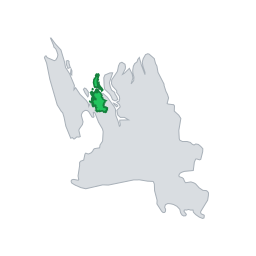 Noakhali, Chittagong, Bangladesh shown in context, rotated 170°
{"feature_id": "16705992B96773862439533", "entity_name": "Noakhali", "entity_type": "district", "adm_level": 2, "iso_a3": "BGD", "parent_name": "Bangladesh", "parent_adm1": "Chittagong", "projection": "robinson", "projection_center": [91.099, 22.578], "detail": "fine", "context": "in_parent", "style": "filled", "palette": "green", "viewbox_px": 256, "rotation_deg": 170, "n_neighbors": 0, "source": "geoboundaries", "source_scale": "gbopen_adm2", "svg_char_len": 9228}
<svg xmlns="http://www.w3.org/2000/svg" viewBox="0 0 256 256"><g transform="rotate(170 128 128)"><path d="M88.8,184.0L88.8,177.6L84.9,165.0L85.1,163.6L84.3,157.6L83.3,154.2L82.8,150.6L85.2,145.4L84.3,144.6L79.0,143.0L78.4,141.7L79.5,136.6L75.8,131.8L74.3,128.2L78.4,116.7L79.4,108.6L79.1,107.0L76.7,105.2L72.3,104.5L69.2,103.0L67.4,100.7L65.9,99.8L64.0,100.5L61.6,99.6L59.6,97.3L57.9,94.6L58.6,91.6L61.8,84.5L63.0,84.2L65.7,85.6L66.8,85.6L68.6,82.8L71.1,74.8L80.0,75.5L82.1,75.2L84.3,74.6L85.5,73.6L86.2,72.3L86.0,71.2L83.3,69.7L82.2,68.5L81.5,65.3L80.7,64.1L75.4,64.0L72.6,62.5L71.1,61.2L68.4,56.8L65.1,53.6L61.9,52.8L60.7,51.8L60.0,50.1L60.5,47.7L62.1,43.1L70.9,33.1L71.2,32.0L70.8,30.7L68.3,29.1L68.1,28.3L68.8,26.2L70.3,26.0L73.3,27.9L76.4,31.0L78.2,33.7L78.2,35.9L80.6,36.3L82.6,37.3L84.7,37.0L86.0,37.5L86.9,37.3L87.3,36.1L85.5,32.9L86.4,31.6L88.4,31.7L89.9,32.9L90.9,35.3L91.1,39.0L93.4,42.4L96.5,44.8L99.0,45.9L101.9,46.7L104.4,46.0L105.7,43.6L105.1,41.5L105.5,39.6L106.5,38.5L108.1,38.6L109.3,40.1L112.7,48.2L111.9,51.8L112.7,61.7L111.8,68.2L112.3,70.7L112.9,71.1L118.1,72.3L125.5,74.9L131.3,75.9L157.2,75.2L162.8,76.4L180.1,75.5L184.8,77.5L189.9,80.9L192.8,83.4L193.3,84.9L193.0,86.1L192.1,86.8L190.3,86.8L186.2,85.2L185.5,85.6L185.5,89.5L182.2,99.3L181.7,102.3L180.6,103.5L177.2,104.1L174.9,109.8L174.0,110.6L171.7,109.3L170.3,109.5L168.6,110.0L166.8,111.3L165.6,113.0L164.3,113.5L159.4,113.4L158.5,116.1L155.3,119.5L153.1,128.7L153.3,131.5L156.0,138.8L157.9,148.3L158.6,149.3L159.5,149.4L159.5,145.0L160.4,144.5L161.5,145.0L163.8,150.8L165.1,152.3L167.1,152.8L169.4,151.9L171.1,150.1L171.8,148.3L171.2,141.9L172.3,139.3L176.2,135.4L176.8,134.2L176.5,127.8L178.0,127.6L180.0,128.1L182.5,126.6L183.3,126.6L184.4,128.2L186.2,127.9L188.9,140.6L189.1,149.6L189.7,154.5L190.7,155.7L193.7,163.1L196.5,189.4L196.9,206.1L198.1,211.8L197.1,213.1L196.2,213.3L195.3,211.3L188.9,207.1L187.3,207.5L185.2,210.0L184.3,212.3L184.7,215.5L185.4,218.6L186.9,220.5L187.0,222.5L188.7,230.0L188.2,230.0L184.8,223.2L180.5,216.5L179.1,204.4L179.0,198.5L176.1,191.5L173.4,179.3L174.6,175.0L172.6,176.8L169.4,169.5L164.4,162.4L162.9,159.2L162.9,156.1L160.7,159.2L157.8,161.4L154.8,164.7L152.9,165.7L146.6,166.3L143.0,161.9L137.8,151.1L137.1,148.7L137.8,142.4L136.6,136.4L136.2,131.2L135.3,131.6L134.9,133.1L135.1,135.3L134.7,137.2L126.0,135.9L129.7,139.1L133.7,139.8L135.8,142.6L135.9,147.3L132.0,150.1L132.3,152.5L134.6,155.4L131.9,156.2L131.1,158.1L131.0,160.8L133.0,164.9L132.6,166.6L135.9,171.9L136.6,174.5L135.7,178.2L128.6,185.6L126.5,190.9L124.8,193.3L122.6,193.8L119.9,191.3L119.9,188.7L120.4,186.7L124.1,181.8L122.1,182.5L116.3,186.5L115.3,183.2L114.5,180.2L114.5,176.4L117.3,170.9L114.2,173.6L113.3,177.1L113.7,181.2L113.3,184.1L112.0,187.9L110.3,190.2L107.6,191.6L106.4,193.9L104.6,195.5L103.9,187.9L102.0,177.6L101.6,179.8L102.6,186.2L102.5,190.4L101.0,193.6L98.0,197.2L95.7,197.7L94.4,197.1L90.1,191.8L89.7,186.8L88.8,184.0ZM141.5,184.2L136.2,185.4L133.5,185.0L138.5,175.8L138.3,171.6L137.6,168.2L135.0,165.5L134.9,163.6L133.7,160.9L133.1,157.8L136.0,156.9L138.3,158.6L139.1,162.1L140.2,164.8L144.2,170.2L144.2,173.5L143.1,181.7L141.5,184.2ZM152.9,181.1L149.6,183.6L150.7,169.0L153.1,174.4L153.7,177.3L152.9,181.1ZM165.2,173.8L163.8,174.9L162.5,174.0L160.8,170.5L161.6,166.2L162.2,165.6L164.2,170.0L165.2,173.8ZM177.2,204.7L175.4,204.9L174.5,203.8L174.9,202.3L174.4,197.6L176.8,197.1L177.6,201.1L177.2,204.7ZM175.2,191.4L173.8,196.1L173.3,194.0L174.2,189.9L175.2,191.4ZM137.4,153.3L137.9,154.9L134.9,152.9L134.1,151.5L135.5,150.8L137.4,153.3Z" fill="#d9dde1" stroke="#a8b0b8" stroke-width="1"/><path d="M147.1,147.4L146.9,147.4L146.8,147.6L146.8,148.0L146.7,148.1L146.7,148.3L146.5,148.5L146.7,148.9L146.6,149.0L146.4,149.1L146.2,148.8L146.1,149.2L145.9,149.3L145.9,149.2L145.7,149.3L145.6,149.2L145.8,149.5L145.6,149.7L145.4,149.5L145.2,149.5L145.2,149.9L145.5,150.0L145.7,150.4L145.8,150.4L145.8,150.6L145.4,150.6L145.4,150.8L145.1,150.7L144.8,151.1L145.0,151.3L145.0,151.5L145.4,151.5L145.8,151.5L145.8,151.8L146.0,151.8L146.0,152.1L146.2,152.5L146.5,152.4L146.6,152.1L146.8,152.3L146.9,152.2L146.8,152.5L147.0,152.5L147.2,152.8L147.4,152.7L147.5,152.6L147.6,152.8L147.8,153.0L147.9,152.8L148.2,152.8L148.1,153.1L148.2,153.3L148.3,153.5L148.2,153.6L148.3,153.8L147.9,154.2L148.0,154.5L147.9,154.5L147.7,155.0L147.9,155.0L147.7,155.2L148.0,155.5L147.7,155.8L147.8,156.3L147.7,156.5L147.3,156.8L147.2,156.7L146.9,156.9L147.0,156.8L146.9,156.8L146.9,157.0L146.5,156.9L146.4,157.1L146.6,157.4L146.5,157.7L146.6,157.8L146.4,157.7L146.4,158.0L146.2,158.1L146.0,158.6L145.5,158.5L144.9,158.7L145.3,159.0L145.7,159.2L146.7,159.9L147.7,160.7L147.7,162.1L148.5,162.4L148.8,163.3L148.3,163.8L147.9,164.8L148.4,165.3L148.6,165.9L148.8,167.3L149.6,167.9L150.0,168.5L150.6,169.9L151.0,168.9L151.5,168.6L151.7,168.3L152.2,168.1L152.4,167.6L152.2,168.2L151.9,168.3L151.6,168.6L151.1,168.9L150.8,170.2L151.1,170.9L151.4,171.2L152.0,171.6L152.5,171.7L153.1,171.2L153.3,170.8L153.3,170.4L154.2,169.7L154.4,169.3L154.1,169.0L153.5,169.0L153.1,169.2L153.1,169.7L152.1,170.2L151.7,170.1L152.0,169.8L152.9,169.7L153.0,169.1L152.8,168.3L153.0,168.3L153.0,168.8L153.8,168.8L154.6,168.8L154.8,168.6L155.2,168.8L155.5,168.0L155.9,167.6L155.9,167.4L156.1,167.0L156.1,166.7L156.3,166.8L157.0,165.5L156.9,165.2L156.6,165.2L156.3,164.9L156.8,165.0L156.9,164.9L156.8,164.3L156.3,163.2L156.1,163.1L155.8,163.3L155.8,162.9L155.4,162.5L155.1,162.4L154.7,162.5L154.4,161.8L154.1,161.5L154.6,161.7L154.7,162.2L155.2,162.1L155.2,161.9L156.1,162.7L156.4,162.5L156.5,162.3L156.9,161.5L157.4,161.0L158.2,160.8L159.5,160.8L160.0,160.6L160.0,160.3L159.3,160.2L158.8,159.7L158.3,159.6L158.3,159.2L157.7,158.6L157.8,158.3L158.3,158.5L158.4,158.4L158.2,158.1L158.2,157.8L157.8,157.7L157.7,157.5L158.3,157.4L158.3,157.2L158.4,157.3L158.3,157.5L158.5,157.5L158.6,157.0L158.8,157.3L159.0,157.3L158.9,157.1L159.0,156.8L158.5,156.9L158.7,156.4L158.3,156.2L158.5,156.1L158.8,156.2L158.7,155.7L159.0,155.8L159.0,155.6L158.7,155.4L158.6,155.1L158.3,155.2L158.3,155.3L158.2,155.3L158.1,155.5L157.8,155.5L157.8,155.4L157.6,155.4L157.6,155.6L157.4,155.8L157.1,155.8L156.7,155.6L156.7,155.8L156.3,156.2L156.2,156.2L156.1,155.9L155.8,155.8L155.8,155.4L156.0,155.4L156.2,155.2L156.1,154.7L156.3,153.9L156.2,153.9L156.2,153.5L155.9,153.4L156.1,153.3L156.1,153.0L156.1,151.6L156.3,151.3L156.1,150.9L156.3,150.9L156.0,150.6L156.1,150.1L155.4,150.0L155.4,149.7L155.2,149.8L155.1,149.7L155.0,150.0L154.9,149.9L154.9,149.7L154.5,149.7L154.5,149.8L154.3,149.9L153.9,149.9L153.8,149.7L153.5,149.5L153.4,149.6L153.4,149.4L153.2,149.2L153.3,149.2L153.1,149.1L152.5,149.2L152.5,149.4L152.1,149.3L151.7,149.4L151.6,149.5L150.7,149.5L150.7,149.3L150.2,149.3L149.8,149.1L149.6,148.8L149.3,148.0L149.1,148.1L149.1,148.3L148.9,148.3L148.9,148.0L148.7,147.9L148.3,148.0L148.2,147.8L147.8,147.9L147.8,147.5L147.7,147.3L147.2,147.5L147.1,147.4ZM152.6,174.2L152.3,173.8L151.3,173.4L150.4,173.0L150.5,174.5L150.3,174.6L150.3,174.9L150.1,175.0L150.4,175.3L150.3,175.7L150.4,176.9L150.3,178.8L149.9,180.6L149.4,181.7L149.2,182.2L148.4,183.1L148.4,183.3L148.4,183.5L148.7,183.8L149.8,184.3L150.0,184.5L150.8,184.0L151.7,182.8L152.0,182.7L152.4,182.7L152.4,182.2L152.7,181.9L152.9,181.8L153.0,181.6L153.3,181.4L153.4,180.6L154.0,179.1L154.1,178.6L154.0,178.3L154.1,177.4L153.9,176.9L154.0,175.8L153.9,174.4L153.6,173.8L153.2,173.9L152.7,174.2L152.6,174.2ZM158.6,168.8L158.5,168.5L158.5,167.6L157.7,166.1L157.0,167.0L156.6,167.7L156.5,168.0L156.4,168.4L156.4,169.0L156.9,169.7L157.1,170.2L157.5,170.1L157.5,169.9L157.9,169.8L157.9,169.6L157.7,169.4L157.9,169.4L158.2,169.6L158.3,169.4L158.5,169.3L158.2,169.1L158.4,169.1L158.3,168.9L158.5,169.1L158.6,168.8ZM148.6,174.6L149.2,174.0L149.3,173.1L149.6,172.7L149.6,171.9L149.3,171.4L148.8,171.1L148.2,171.0L147.9,171.3L147.9,172.1L148.4,174.2L148.6,174.6ZM149.2,184.4L148.3,183.8L147.6,184.5L147.4,184.8L147.4,185.5L147.7,186.3L148.0,186.5L149.0,185.8L148.8,186.0L149.0,186.1L149.1,185.9L149.2,186.0L149.7,184.7L149.5,184.4L149.2,184.4ZM158.6,161.5L157.6,161.7L157.2,162.0L157.0,162.3L157.0,162.6L157.3,163.6L157.5,164.0L158.0,164.4L158.4,163.8L158.7,163.1L158.9,162.1L158.6,161.5ZM148.7,178.8L149.1,177.7L149.4,176.0L148.8,175.6L149.0,176.2L148.9,176.6L148.9,177.4L148.7,177.9L148.7,178.8ZM149.4,175.4L149.8,175.3L149.9,175.0L149.5,174.1L148.9,174.9L149.0,175.1L149.4,175.4ZM150.8,185.4L150.8,185.2L150.4,185.1L149.8,185.4L149.7,185.6L149.9,185.4L150.0,185.5L149.9,186.0L150.0,186.3L150.8,185.4ZM146.2,169.9L147.6,169.6L147.7,169.4L147.7,169.2L147.5,168.9L146.2,169.8L146.2,169.9ZM147.3,172.2L147.3,171.3L147.6,170.9L147.4,170.8L147.1,170.7L146.8,170.9L147.3,172.2ZM158.8,159.5L159.4,159.9L159.7,159.6L159.6,159.2L159.4,159.2L158.8,159.5ZM156.1,172.9L156.3,172.7L156.4,172.4L156.1,172.0L155.9,172.0L155.7,172.3L155.9,172.8L156.1,172.9ZM148.7,181.1L148.8,181.2L149.0,181.1L149.2,180.3L148.8,180.6L148.7,181.1ZM149.9,174.6L150.0,174.3L149.8,173.7L149.6,173.9L149.6,174.1L149.8,174.6L149.9,174.6ZM160.7,160.3L160.8,160.7L161.1,160.9L161.2,160.6L160.7,160.3ZM148.0,173.5L147.7,172.6L147.4,172.5L147.6,172.8L148.0,173.5ZM156.7,171.8L156.7,171.5L156.7,171.8ZM159.7,159.6L159.6,159.8L159.8,159.8L159.7,159.6Z" fill="#22c55e" stroke="#15803d" stroke-width="1.5"/></g></svg>